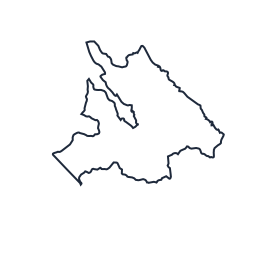 SVG path tracing the border of Cundinamarca, rotated 128°
{"feature_id": "COL-1398", "entity_name": "Cundinamarca", "entity_type": "Department", "adm_level": 1, "iso_a3": "COL", "parent_name": "Colombia", "parent_adm1": "", "projection": "orthographic", "projection_center": [-74.139, 4.765], "detail": "fine", "context": "isolated", "style": "outline", "palette": "slate", "viewbox_px": 256, "rotation_deg": 128, "n_neighbors": 0, "source": "natural_earth", "source_scale": "10m", "svg_char_len": 5429}
<svg xmlns="http://www.w3.org/2000/svg" viewBox="0 0 256 256"><g transform="rotate(128 128 128)"><path d="M86.2,213.4L83.2,211.2L80.6,207.9L81.5,202.0L83.7,198.1L84.4,196.1L84.8,194.6L84.7,193.6L83.1,190.8L84.1,187.7L83.5,186.4L83.7,185.4L84.0,184.4L84.5,183.4L85.6,182.2L86.0,181.8L87.0,180.7L87.3,178.8L86.8,176.8L86.6,175.9L86.1,174.7L85.5,173.9L83.8,170.0L82.3,168.9L81.7,168.3L81.2,167.9L80.5,167.5L80.0,167.5L79.1,167.6L77.0,168.5L76.3,168.9L75.8,169.4L75.5,170.6L75.2,171.0L74.8,171.4L74.1,172.3L73.7,172.6L73.3,172.7L72.8,172.4L72.3,172.4L71.5,172.5L70.6,172.3L69.7,172.0L67.1,169.6L65.7,170.0L65.2,168.9L64.9,168.6L63.0,167.6L62.9,166.7L60.9,167.1L59.2,167.2L56.8,167.7L55.1,167.9L54.3,167.0L54.6,164.6L60.3,152.0L61.2,148.9L61.3,145.7L60.2,142.3L61.3,142.0L61.1,141.5L60.2,140.6L60.7,139.6L62.1,138.0L62.4,137.1L62.2,136.5L61.7,136.2L61.1,136.1L60.7,135.6L60.6,135.1L60.7,134.6L60.8,134.3L60.7,134.0L59.6,132.3L59.4,131.4L59.9,130.4L60.8,129.9L61.8,129.6L62.6,129.1L63.0,128.2L63.2,127.4L64.3,126.2L64.6,125.2L64.0,121.3L64.0,120.1L64.2,119.1L64.7,118.3L65.7,118.0L65.3,117.3L65.4,116.7L65.7,116.1L65.7,115.3L64.8,112.5L64.6,112.0L65.1,111.5L67.0,110.7L67.4,110.3L67.1,109.8L66.0,107.9L65.7,107.0L65.8,105.3L66.8,100.4L66.3,87.4L65.8,85.7L65.7,84.8L66.0,84.4L66.4,84.1L67.7,82.9L68.0,82.5L68.3,80.9L69.8,78.2L70.4,76.1L71.0,75.6L71.6,75.2L71.8,74.8L71.5,73.0L71.7,72.4L72.9,72.2L72.4,71.0L72.2,69.5L72.4,68.0L72.9,66.8L71.8,66.5L71.3,65.7L71.5,64.9L72.6,64.5L73.9,64.3L74.5,63.8L74.1,63.3L72.9,62.9L74.3,59.5L74.7,57.3L74.3,56.3L73.6,56.0L73.7,55.3L74.3,54.5L74.7,53.5L75.0,53.0L75.2,52.6L74.6,52.3L74.3,52.0L74.1,51.6L74.0,51.3L74.1,48.6L75.3,48.0L79.7,47.2L81.5,46.4L82.5,45.6L83.0,45.5L84.5,45.8L85.6,46.3L86.7,46.6L90.5,47.4L92.5,46.8L93.2,46.2L94.4,45.5L96.8,43.4L97.9,42.6L98.6,42.7L99.1,43.2L99.4,43.7L99.5,44.1L99.6,44.5L99.9,44.8L100.2,45.0L100.5,45.1L100.7,45.3L100.8,45.6L100.7,46.0L100.7,46.8L100.8,47.6L101.4,48.4L101.5,49.0L101.6,50.0L101.5,51.5L101.9,52.7L102.5,53.5L102.7,54.3L102.4,55.3L101.7,56.2L100.7,57.9L100.5,58.9L100.7,59.7L101.8,62.0L105.2,65.3L105.8,66.9L105.8,67.5L105.6,69.0L105.8,69.6L106.2,70.2L107.2,70.1L109.1,70.2L111.6,71.6L113.1,72.4L114.0,72.7L117.9,72.5L117.9,74.1L118.7,75.4L119.5,76.1L120.8,76.8L122.0,76.9L125.8,79.0L131.0,74.2L133.2,73.6L133.9,71.8L133.8,70.3L138.3,65.8L140.0,64.2L140.8,63.9L141.5,63.7L141.9,63.7L142.5,64.2L142.5,68.2L146.6,70.3L148.3,69.9L150.2,71.6L151.4,72.1L152.4,72.1L153.0,71.9L153.5,72.0L153.7,72.8L154.5,74.5L157.8,77.4L158.5,78.0L158.6,78.7L159.2,79.5L158.7,80.5L158.3,81.7L158.3,82.5L158.6,83.6L159.0,84.6L161.2,86.3L162.5,87.4L162.9,87.9L164.1,90.0L163.8,92.1L164.4,94.3L166.4,97.7L166.7,98.6L166.3,99.8L166.5,101.5L167.8,103.8L167.6,104.9L164.4,107.2L164.7,109.8L162.2,114.5L162.2,115.6L164.0,118.1L170.6,118.2L172.9,118.9L173.7,119.4L174.9,121.4L176.0,122.7L176.6,123.6L176.3,124.8L176.4,125.4L179.6,126.5L181.2,129.3L181.5,130.2L182.2,130.8L183.1,130.9L184.6,130.5L185.4,130.4L186.2,130.5L186.9,130.8L187.6,131.3L188.0,133.6L188.5,135.0L190.3,135.1L193.6,136.3L196.9,136.1L197.9,135.5L198.5,134.9L198.8,134.3L199.8,132.6L200.0,132.1L200.0,131.7L199.9,131.3L200.1,130.9L200.5,130.4L201.7,130.4L200.9,131.8L198.2,150.9L195.6,168.3L195.4,170.2L195.0,171.0L194.4,171.3L193.2,170.8L191.1,169.3L190.1,168.8L189.8,168.5L189.3,167.5L188.3,166.7L186.5,166.1L176.7,163.6L171.6,164.1L169.5,165.8L168.2,166.3L167.0,166.6L165.8,166.3L164.9,165.9L163.7,165.4L162.8,164.9L162.1,164.3L161.7,163.7L161.6,162.8L159.9,158.9L159.4,156.7L159.4,155.7L159.1,154.9L158.0,153.4L157.0,152.3L156.1,150.6L155.4,150.3L154.6,150.1L153.5,150.2L152.6,149.4L152.3,148.9L151.7,148.3L150.9,147.9L150.1,147.6L149.1,147.9L148.3,148.6L147.1,150.5L146.6,151.5L144.9,152.5L142.9,153.4L142.3,153.8L141.5,154.9L141.0,155.7L140.8,157.4L141.9,158.5L142.8,162.8L142.6,164.3L142.7,165.1L142.8,165.9L144.1,167.2L144.7,168.5L144.8,169.7L144.9,170.6L145.7,173.3L143.4,173.3L142.5,173.1L140.7,173.1L139.9,173.7L139.2,174.4L133.7,176.8L132.3,177.1L130.5,178.1L129.8,179.6L129.0,180.6L127.6,180.9L126.5,181.0L125.3,181.3L124.0,182.0L122.7,183.4L119.8,185.3L115.9,189.1L113.4,189.0L114.9,185.0L115.1,182.5L115.4,181.8L116.0,181.3L116.8,180.8L117.4,180.1L118.2,178.9L118.3,178.1L117.5,176.5L116.5,175.0L114.6,172.7L113.5,169.6L113.6,168.3L113.8,167.3L117.1,162.0L117.5,159.6L117.2,159.0L116.5,157.0L116.5,154.9L116.7,153.9L117.3,153.1L118.7,152.0L119.6,150.3L120.6,149.0L123.0,145.0L123.5,144.6L124.7,144.0L126.2,138.7L124.6,138.8L123.5,137.8L123.3,137.2L123.4,136.6L123.7,136.2L124.5,135.6L124.7,134.7L124.5,134.0L124.3,127.4L124.4,125.9L124.9,124.0L122.6,123.0L121.2,122.8L120.4,122.8L119.3,122.3L119.0,122.5L119.2,122.9L119.2,123.2L119.2,124.1L119.0,124.7L118.5,125.3L117.4,125.9L116.9,126.5L115.2,130.3L115.0,130.8L113.7,131.1L113.2,132.3L111.8,133.3L111.9,134.0L111.9,134.3L111.8,134.6L112.3,134.6L112.6,134.6L112.8,134.8L112.8,135.2L112.5,135.9L112.0,136.3L109.9,137.3L107.8,139.0L108.8,140.8L109.2,141.2L109.7,141.5L110.2,141.9L110.6,142.7L111.6,146.1L111.4,149.3L108.4,157.4L110.1,157.3L110.4,157.8L110.4,159.2L109.5,162.2L108.8,166.4L108.8,167.7L108.6,169.0L108.2,170.2L107.3,171.9L105.7,173.8L105.7,177.2L104.7,180.8L104.4,181.4L103.9,181.6L101.9,181.1L101.1,180.6L99.5,179.4L98.8,179.9L98.3,180.5L96.0,186.9L96.1,188.6L96.0,189.4L96.1,190.6L96.7,192.2L96.8,193.0L96.8,194.0L96.6,195.3L96.1,196.9L94.0,201.5L92.0,205.2L86.2,213.4Z" fill="none" stroke="#1e293b" stroke-width="2"/></g></svg>